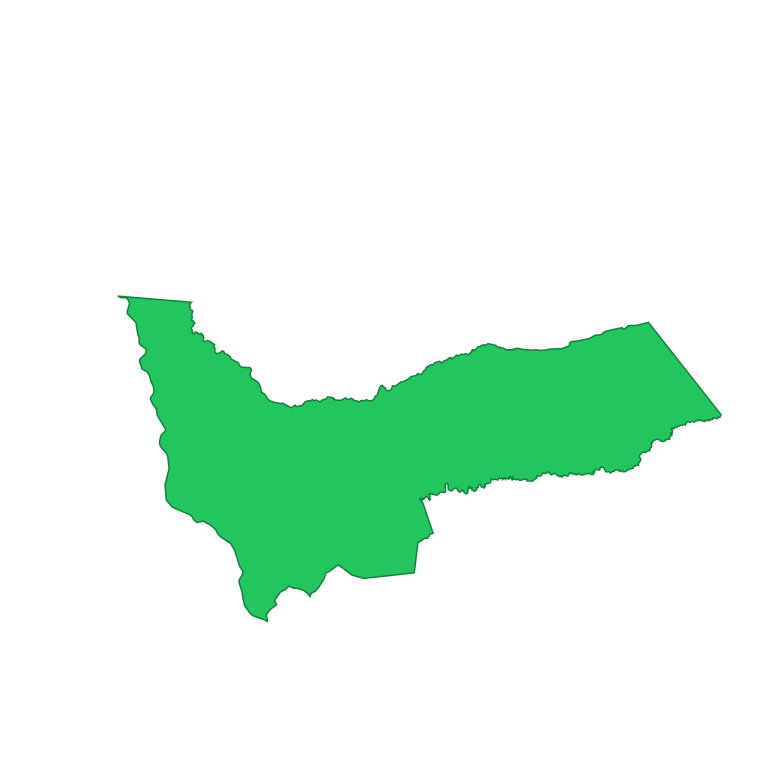 Mitete, Western, Zambia, rotated 142°
{"feature_id": "96606910B13624449135340", "entity_name": "Mitete", "entity_type": "district", "adm_level": 2, "iso_a3": "ZMB", "parent_name": "Zambia", "parent_adm1": "Western", "projection": "mercator", "projection_center": [22.406, -14.284], "detail": "fine", "context": "isolated", "style": "filled", "palette": "green", "viewbox_px": 768, "rotation_deg": 142, "n_neighbors": 0, "source": "geoboundaries", "source_scale": "gbopen_adm2", "svg_char_len": 6171}
<svg xmlns="http://www.w3.org/2000/svg" viewBox="0 0 768 768"><g transform="rotate(142 384 384)"><path d="M539.6,617.1L538.1,614.0L534.7,611.3L533.7,609.2L534.3,605.6L534.8,604.3L541.9,599.0L543.0,597.1L541.6,585.2L547.4,574.8L548.6,571.0L551.8,566.9L551.9,564.8L550.0,558.3L551.4,556.1L553.8,554.6L561.0,553.9L562.8,552.1L565.4,544.8L563.2,539.5L563.7,535.0L566.1,529.5L567.2,524.1L569.7,519.9L572.1,518.2L576.2,517.1L577.3,515.8L578.6,510.7L578.8,504.3L582.0,498.8L584.0,482.7L585.0,481.8L591.1,480.9L595.8,477.3L598.0,474.6L598.7,470.7L598.0,464.0L599.2,459.7L605.5,449.5L618.6,439.4L627.0,426.5L626.6,417.1L617.2,400.0L616.9,397.2L617.6,394.5L617.1,391.4L616.1,389.7L610.9,387.3L607.6,379.4L606.3,373.3L607.2,368.2L606.8,364.1L603.0,352.4L604.2,344.6L609.9,329.4L610.6,323.3L613.0,321.0L618.3,318.9L620.2,317.3L624.0,307.2L626.9,302.5L630.3,294.9L630.7,285.4L630.0,282.2L623.1,271.3L622.3,268.9L620.6,270.4L619.2,274.6L612.0,276.4L604.4,276.3L603.5,281.0L593.3,283.9L588.0,282.7L584.5,283.2L582.9,282.7L581.6,279.5L577.0,275.1L574.4,270.9L573.2,266.5L573.2,262.0L570.1,263.8L565.5,263.0L560.7,264.0L551.9,267.1L545.8,271.1L542.9,269.9L532.1,269.9L531.1,268.9L526.8,252.9L519.7,243.3L476.4,216.6L455.2,237.9L447.0,237.5L445.6,236.0L444.1,235.6L440.3,237.4L437.2,236.1L426.6,266.4L426.8,268.8L425.0,268.9L426.7,270.8L426.5,271.8L425.2,271.6L423.1,268.8L420.6,269.4L419.2,268.7L419.6,264.4L418.3,264.6L417.7,266.7L416.5,267.8L416.6,269.5L415.7,269.7L410.8,263.8L406.0,263.9L402.9,261.0L401.5,261.5L398.2,266.5L396.6,267.4L395.5,266.8L395.4,265.2L398.0,261.8L397.6,259.1L396.5,258.2L392.5,258.3L391.0,257.4L390.6,256.4L391.5,255.3L391.0,252.1L387.7,252.2L387.5,248.1L386.6,246.6L385.1,246.7L381.6,250.2L379.8,250.7L379.3,250.1L380.6,249.1L378.6,248.0L380.1,247.0L378.9,245.7L379.5,244.4L378.0,243.5L376.1,243.6L375.5,245.4L373.6,244.4L371.9,246.1L370.9,246.1L370.0,245.2L370.8,242.6L369.5,242.3L369.0,240.3L366.9,241.2L366.9,242.5L366.1,242.5L366.7,243.2L360.8,240.6L357.9,243.3L356.9,241.2L355.3,240.7L353.3,238.2L350.8,239.2L350.8,238.0L348.7,236.9L349.4,235.7L346.7,235.8L347.1,234.2L345.9,234.8L344.4,232.3L343.2,232.2L343.7,233.4L342.0,233.6L341.9,232.4L339.5,232.0L340.4,230.3L341.9,230.7L342.1,229.5L340.3,229.2L338.6,227.1L337.0,226.4L336.4,224.4L331.3,222.2L330.1,220.6L331.1,219.7L326.7,216.0L321.0,216.2L320.3,217.4L316.8,214.9L313.9,216.3L311.8,213.8L309.8,214.2L308.9,213.6L308.1,209.5L304.0,208.3L303.6,204.6L303.0,204.6L302.7,202.9L301.1,202.4L301.3,201.0L298.3,201.3L295.8,198.3L292.3,199.6L292.0,198.6L290.6,198.3L290.9,197.4L289.1,195.0L288.4,195.1L287.9,193.7L287.4,194.2L285.5,192.6L284.5,190.7L281.9,189.2L280.2,189.4L279.8,188.3L278.1,187.4L277.2,187.6L276.7,185.3L275.0,184.7L274.7,183.8L273.4,184.8L273.4,185.9L272.4,186.2L272.1,185.2L271.4,186.2L269.3,186.1L267.5,183.7L266.2,183.8L265.7,184.9L263.7,184.9L263.7,184.1L262.4,183.2L263.3,178.2L260.6,176.2L260.2,174.3L257.5,174.5L256.6,173.4L254.6,174.1L251.8,171.3L252.2,170.3L251.6,169.5L249.2,168.9L249.6,167.5L247.8,166.4L244.1,166.2L239.7,164.3L237.9,165.3L236.5,164.6L235.7,165.0L233.6,163.4L232.9,164.5L228.2,166.1L227.3,169.7L226.3,170.5L222.0,171.1L220.1,169.1L216.3,168.8L215.7,167.8L213.7,169.7L212.2,169.6L210.7,171.0L210.2,172.7L209.0,172.5L208.9,173.2L207.2,172.9L206.8,173.5L202.5,172.5L202.2,171.3L201.1,170.5L201.0,168.4L199.7,167.7L199.3,166.6L197.1,166.0L196.5,167.1L193.1,164.7L192.8,165.7L192.2,165.4L191.2,166.4L188.5,166.4L187.7,167.8L188.9,168.5L188.2,169.1L186.6,168.1L185.5,169.6L185.5,171.2L184.7,171.1L184.4,172.0L183.3,171.4L183.1,170.3L180.9,170.6L180.4,169.6L178.8,170.0L176.9,168.9L175.9,169.4L174.4,167.8L172.2,167.3L171.7,166.2L169.2,167.5L167.0,166.8L166.7,165.4L164.6,165.1L162.8,162.8L160.6,163.1L159.9,162.2L157.7,161.8L157.2,160.1L156.3,160.1L155.5,158.0L154.2,157.6L154.1,156.8L153.0,157.5L151.7,156.1L150.3,156.2L150.4,154.8L148.2,155.1L148.2,154.4L146.7,153.7L146.4,154.4L145.0,154.6L142.9,151.6L141.5,152.2L140.0,150.9L137.3,152.3L137.7,269.8L148.6,274.5L155.4,279.5L160.2,279.2L161.8,280.0L161.7,281.8L172.1,286.9L177.2,289.1L179.3,289.4L181.5,288.8L188.0,292.5L193.9,293.3L205.4,298.9L210.2,302.0L212.7,301.9L213.3,300.8L215.4,300.2L222.6,302.6L232.0,309.6L235.3,310.9L240.5,314.5L243.1,317.4L245.4,318.5L253.6,326.1L256.8,330.0L262.6,332.6L266.6,335.7L268.0,339.1L269.4,340.2L270.0,341.8L271.8,342.8L272.2,345.7L277.2,351.8L279.2,351.8L281.1,353.2L281.5,352.6L282.2,353.9L283.7,354.5L285.1,354.2L287.0,355.5L291.8,354.5L292.7,356.3L293.7,356.4L293.6,355.7L294.4,356.2L296.1,355.0L297.3,355.5L299.7,355.1L301.0,357.8L303.1,358.1L304.7,359.9L308.4,360.5L308.8,361.9L315.0,361.9L315.4,363.0L315.0,363.7L317.4,364.7L318.6,364.0L323.1,365.3L325.6,365.0L326.3,367.7L330.7,369.5L333.8,369.1L336.1,370.7L338.0,370.0L338.4,371.0L341.2,370.8L341.9,369.9L344.6,369.8L348.6,368.4L351.2,371.4L352.9,370.8L358.2,373.1L361.5,372.8L368.0,374.2L369.5,375.3L375.9,375.2L378.4,377.3L381.2,375.3L384.0,375.5L385.8,376.7L386.2,378.5L385.5,379.4L386.4,384.0L387.1,384.6L390.7,383.3L396.1,379.3L398.7,379.7L401.4,378.1L404.4,378.5L406.9,380.9L407.3,382.2L409.9,383.1L412.4,385.1L415.1,385.3L415.6,387.1L417.7,389.6L418.2,392.7L422.2,394.0L422.8,396.7L427.9,397.6L431.8,400.9L432.5,402.2L432.1,403.5L433.2,404.1L433.3,405.5L436.2,408.4L439.4,408.0L442.1,409.4L445.3,409.3L447.4,413.2L449.4,413.7L449.9,415.8L452.4,416.0L454.0,417.5L457.1,418.5L461.9,417.5L467.0,420.2L467.2,422.2L470.9,422.0L472.0,422.9L475.7,431.3L477.5,432.3L481.4,436.6L484.2,440.9L484.8,443.0L484.3,450.0L485.6,452.6L483.2,457.6L483.3,459.8L482.6,459.7L482.3,463.4L485.0,470.8L483.0,474.8L479.8,476.5L479.4,479.2L486.0,485.1L486.5,487.4L485.7,490.5L489.2,497.8L488.4,500.2L489.0,502.9L490.9,505.9L490.3,508.1L490.9,509.6L494.0,509.7L496.6,510.5L497.4,511.5L497.5,513.6L495.2,516.1L495.0,518.3L493.3,519.2L495.1,525.4L496.9,527.1L499.4,527.8L499.9,528.8L496.8,532.7L496.7,536.3L499.0,537.0L499.4,539.6L500.9,541.2L502.6,540.2L503.9,542.1L502.6,543.0L501.5,546.5L499.7,547.5L498.8,547.0L497.7,548.2L495.7,548.1L495.5,551.2L496.6,552.7L494.1,554.5L492.9,556.9L489.9,559.1L489.7,560.1L490.7,561.0L489.1,565.1L487.0,566.7L485.4,566.9L539.6,617.1Z" fill="#22c55e" stroke="#15803d" stroke-width="1.5"/></g></svg>